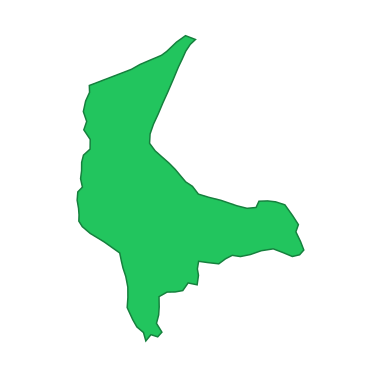 Sobrado, Paraíba, Brazil, rotated 98°
{"feature_id": "56859067B78982550953926", "entity_name": "Sobrado", "entity_type": "district", "adm_level": 2, "iso_a3": "BRA", "parent_name": "Brazil", "parent_adm1": "Paraíba", "projection": "natural_earth1", "projection_center": [-35.255, -7.167], "detail": "fine", "context": "isolated", "style": "filled", "palette": "green", "viewbox_px": 384, "rotation_deg": 98, "n_neighbors": 0, "source": "geoboundaries", "source_scale": "gbopen_adm2", "svg_char_len": 1346}
<svg xmlns="http://www.w3.org/2000/svg" viewBox="0 0 384 384"><g transform="rotate(98 192 192)"><path d="M38.1,220.2L45.7,228.2L56.3,236.6L60.9,241.3L68.3,253.6L72.9,261.2L78.9,269.0L100.8,308.5L107.6,307.3L116.7,310.0L127.5,310.8L136.8,306.1L145.5,307.8L154.1,300.1L163.7,298.9L170.6,304.6L178.0,305.4L186.3,304.3L194.3,304.2L202.4,301.2L207.8,305.1L216.1,304.6L223.9,302.1L230.3,300.7L236.6,300.0L241.6,295.8L247.2,287.0L253.5,272.4L262.4,255.1L270.0,252.4L277.0,249.7L284.9,245.8L295.2,242.3L305.4,240.8L315.5,240.1L326.7,232.9L333.3,227.8L337.9,220.5L345.9,217.0L339.0,212.8L340.2,205.8L335.0,202.3L327.0,208.9L318.4,207.9L310.4,208.5L300.2,210.1L294.6,202.8L293.3,194.7L290.9,187.4L282.6,183.2L283.2,174.0L273.6,174.0L267.4,176.0L259.7,175.8L259.7,166.7L259.4,155.5L253.5,149.5L249.1,143.3L249.2,135.1L245.8,125.5L240.5,115.2L237.0,103.6L239.3,93.6L241.9,83.6L239.2,76.7L233.9,73.2L226.0,77.6L217.0,83.6L209.5,82.1L201.5,89.0L191.8,98.2L190.1,107.8L190.3,115.9L191.8,124.4L198.4,126.4L200.5,135.2L199.4,145.6L196.2,162.3L194.9,174.8L193.2,185.4L186.3,192.4L182.9,199.6L177.9,205.2L172.1,211.6L166.8,218.5L161.0,227.3L156.4,234.2L149.7,240.8L140.4,241.6L130.2,239.6L119.3,236.3L107.6,233.2L96.8,230.0L83.3,226.3L70.2,222.9L61.7,220.2L53.4,217.8L46.1,214.3L40.5,209.8L38.1,220.2Z" fill="#22c55e" stroke="#15803d" stroke-width="1.5"/></g></svg>